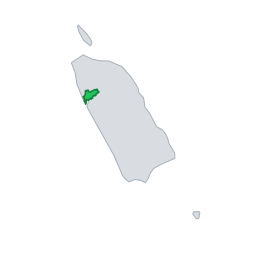 San Juan, Puerto Rico shown in context, rotated 239°
{"feature_id": "32010507B17072559885930", "entity_name": "San Juan", "entity_type": "district", "adm_level": 2, "iso_a3": "PRI", "parent_name": "Puerto Rico", "parent_adm1": "", "projection": "natural_earth1", "projection_center": [-66.066, 18.384], "detail": "fine", "context": "in_parent", "style": "filled", "palette": "green", "viewbox_px": 256, "rotation_deg": 239, "n_neighbors": 0, "source": "geoboundaries", "source_scale": "gbopen_adm2", "svg_char_len": 3680}
<svg xmlns="http://www.w3.org/2000/svg" viewBox="0 0 256 256"><g transform="rotate(239 128 128)"><path d="M169.9,106.6L172.6,108.6L175.2,108.3L173.1,104.2L175.0,104.2L191.5,106.7L202.1,111.0L213.1,113.1L213.8,127.2L205.3,132.9L199.9,138.8L195.4,146.0L183.6,154.5L169.4,157.0L160.0,157.2L156.4,157.0L153.0,155.5L145.9,156.9L137.1,153.2L129.5,154.1L114.5,153.2L108.9,156.4L103.5,157.2L98.2,156.6L93.7,155.1L82.6,155.2L77.9,152.5L79.9,136.4L80.1,129.1L77.3,123.1L74.4,119.3L72.2,114.8L76.6,111.8L80.2,107.6L81.3,101.1L85.2,99.5L89.8,98.8L111.1,101.8L164.8,103.5L167.9,104.0L169.9,106.6ZM230.6,141.1L223.8,141.7L219.4,140.9L217.9,137.9L226.1,135.1L235.7,135.5L241.2,137.2L241.8,138.3L230.6,141.1ZM19.7,145.8L18.9,145.9L18.1,145.8L17.7,145.5L17.2,144.6L14.7,143.0L14.2,141.6L14.7,140.2L15.7,139.6L20.7,139.4L21.2,139.5L22.2,140.6L22.2,141.3L21.7,142.0L20.9,143.8L20.5,144.2L20.2,144.7L20.1,145.5L19.7,145.8Z" fill="#d9dde1" stroke="#a8b0b8" stroke-width="1"/><path d="M177.9,106.1L177.8,105.6L177.6,105.7L177.3,105.7L176.9,105.8L176.6,105.7L176.4,105.6L176.2,105.6L175.9,105.6L175.7,105.5L175.7,105.4L175.1,105.3L174.9,105.3L174.4,105.0L174.1,104.9L173.9,104.8L173.7,104.4L173.4,104.3L173.1,104.4L172.9,104.4L172.6,104.5L172.2,104.3L171.9,104.3L171.7,104.2L171.4,104.2L171.2,104.2L170.9,104.1L170.6,104.0L170.4,103.9L170.3,104.1L170.4,104.3L170.5,104.4L170.7,104.5L170.8,104.6L170.8,104.8L171.0,105.0L171.2,104.8L171.5,104.7L172.1,104.8L172.1,105.0L171.9,105.5L172.2,105.8L172.4,105.9L172.5,106.0L172.9,106.3L173.0,106.4L173.6,106.3L174.0,106.7L174.0,106.8L174.0,107.0L173.9,107.2L173.7,107.1L172.4,108.0L171.9,108.4L171.9,108.5L172.1,108.7L172.5,109.2L172.6,109.4L172.7,109.5L172.5,109.8L172.5,110.0L172.9,110.6L172.9,110.9L172.8,111.1L172.7,111.1L172.4,111.0L172.0,111.0L171.9,111.0L171.7,111.3L171.8,111.5L171.8,112.4L171.8,112.5L172.0,112.6L172.1,112.8L171.9,113.0L172.3,113.3L172.4,113.2L172.5,113.2L172.6,113.3L172.9,113.4L172.9,113.5L173.0,113.6L173.3,113.8L173.1,114.0L173.1,114.3L173.3,114.5L173.2,114.9L173.2,115.1L173.3,115.1L173.4,115.3L173.5,115.6L173.4,115.6L173.1,115.6L173.0,115.8L172.9,115.7L172.8,115.8L172.6,115.7L172.8,115.9L172.6,116.2L172.6,116.3L172.6,116.8L172.5,117.0L172.8,117.3L172.8,117.5L172.9,117.3L172.9,117.5L173.1,117.5L173.3,117.8L173.5,117.8L173.6,118.0L173.5,118.3L173.6,118.5L173.4,119.0L173.5,119.2L173.5,119.4L173.5,119.6L173.8,119.7L173.8,119.9L173.8,120.1L173.9,120.3L174.0,120.7L173.9,120.8L173.7,121.0L173.8,121.1L173.7,121.3L174.0,121.4L174.2,121.6L174.4,121.7L174.8,121.6L175.1,121.2L175.4,121.0L175.7,121.1L176.0,121.1L175.9,121.0L176.1,121.1L176.2,120.9L176.5,121.0L176.9,121.6L177.2,121.4L177.0,121.1L177.0,120.7L177.0,120.4L177.2,120.2L177.4,120.1L177.5,120.1L177.5,119.8L177.8,119.6L178.0,119.3L178.0,119.1L177.9,119.0L178.0,118.8L178.0,118.7L178.1,118.3L178.1,118.1L178.2,117.8L178.1,117.3L178.0,117.0L178.0,116.9L177.9,116.7L178.1,116.1L178.1,115.9L178.3,115.7L178.1,115.6L178.1,115.4L178.1,115.2L178.1,114.8L178.1,114.6L178.0,114.4L178.3,113.9L178.5,113.8L178.6,113.6L178.9,113.3L179.6,113.4L179.9,113.3L179.9,113.2L180.0,113.2L180.1,113.3L180.3,113.3L180.5,113.3L180.8,113.3L181.1,113.2L180.9,112.8L180.8,112.7L180.8,112.4L180.8,112.0L180.8,111.7L181.1,111.7L181.3,111.7L181.5,111.5L181.7,111.4L181.8,111.4L181.8,111.2L181.8,110.8L181.8,110.7L181.7,110.6L181.6,110.4L181.4,110.3L181.1,110.1L180.8,110.1L180.6,110.0L180.4,109.8L180.0,109.4L179.8,109.4L179.6,109.3L179.4,109.2L179.1,109.0L179.0,108.8L178.9,108.8L178.5,108.4L178.4,108.1L178.3,107.7L178.2,107.4L178.0,107.2L177.7,107.0L177.5,106.8L177.4,106.7L177.6,106.5L177.8,106.5L177.8,106.4L177.9,106.2L177.9,106.1Z" fill="#22c55e" stroke="#15803d" stroke-width="1.5"/></g></svg>